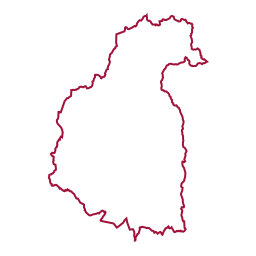 Huaytara, Huancavelica, Peru (Equal Earth projection)
{"feature_id": "86281439B71606603555549", "entity_name": "Huaytara", "entity_type": "district", "adm_level": 2, "iso_a3": "PER", "parent_name": "Peru", "parent_adm1": "Huancavelica", "projection": "equal_earth", "projection_center": [-75.141, -13.636], "detail": "fine", "context": "isolated", "style": "outline", "palette": "rose", "viewbox_px": 256, "rotation_deg": 0, "n_neighbors": 0, "source": "geoboundaries", "source_scale": "gbopen_adm2", "svg_char_len": 5728}
<svg xmlns="http://www.w3.org/2000/svg" viewBox="0 0 256 256"><path d="M159.5,21.3L160.0,24.4L159.6,25.2L158.0,25.4L157.5,24.8L156.2,24.4L155.7,25.3L154.5,24.5L152.5,24.6L151.8,23.4L151.3,23.1L150.7,21.7L149.5,20.7L148.7,20.9L147.9,20.6L147.3,20.1L146.9,18.9L147.0,17.6L146.7,15.4L146.3,16.0L145.3,16.0L144.1,16.4L143.1,17.6L142.8,18.6L141.1,20.6L139.8,20.2L138.3,21.4L136.8,23.9L136.5,25.6L136.2,25.9L135.6,26.0L135.2,26.4L134.6,26.0L131.7,27.8L128.8,29.1L127.6,28.9L126.9,27.7L126.0,27.2L125.5,27.2L125.0,28.0L125.0,29.4L124.5,31.3L116.4,34.3L116.1,42.4L116.5,44.4L117.0,45.8L115.3,47.2L115.2,48.3L113.8,49.2L111.8,52.9L110.1,54.4L109.8,56.5L109.0,59.6L109.1,60.2L109.9,61.4L109.9,61.9L109.2,64.3L108.2,66.0L107.8,67.6L107.9,69.1L107.2,69.2L106.4,69.8L106.0,71.2L105.0,73.2L104.9,73.6L105.3,74.2L105.4,74.7L104.5,76.5L104.1,76.8L103.6,76.7L102.1,77.5L101.3,78.3L101.0,78.1L100.5,76.8L99.1,75.6L97.5,74.8L95.1,74.8L94.9,75.4L95.0,77.1L93.9,78.9L93.5,80.9L92.6,81.4L92.4,81.8L92.7,83.4L92.2,85.8L91.1,87.0L90.1,87.2L89.0,88.1L87.0,88.4L85.7,86.2L84.8,86.3L83.0,87.3L81.4,86.7L80.6,86.8L79.5,87.1L78.5,88.6L77.3,89.0L76.4,89.7L75.7,89.6L74.4,90.1L72.8,89.8L71.8,90.3L71.2,90.2L71.4,92.0L71.1,93.1L71.2,94.8L71.0,96.0L69.2,97.1L68.3,98.1L67.1,98.1L64.6,101.2L60.8,112.4L59.9,112.4L59.5,112.0L58.5,112.0L58.3,117.7L57.9,118.8L57.0,119.9L56.8,120.9L57.2,122.8L57.7,123.8L61.2,127.6L62.1,129.8L62.7,132.4L62.1,137.2L61.4,136.7L60.8,136.6L60.1,138.2L59.9,139.7L58.8,139.6L58.3,140.9L57.4,141.9L57.1,143.9L57.4,144.9L57.0,145.6L57.0,146.8L55.8,147.8L55.6,148.6L55.2,149.2L55.4,150.6L54.8,152.4L54.5,152.9L53.8,153.2L52.3,152.7L50.9,154.0L51.9,155.7L53.0,156.2L53.8,156.9L53.4,159.1L53.7,160.6L53.1,161.4L53.6,163.9L54.0,164.3L54.6,164.3L55.5,164.8L55.9,168.5L55.9,169.6L55.7,170.0L54.3,170.8L54.0,172.2L53.1,172.9L52.8,173.5L51.5,173.8L51.2,174.4L49.4,174.8L49.2,175.4L49.2,176.2L48.9,177.8L50.1,180.0L50.0,181.7L50.7,183.5L51.7,184.1L51.6,185.1L52.2,185.8L53.5,185.4L53.8,185.6L55.2,184.9L56.4,184.9L58.3,186.6L58.9,187.5L59.5,187.7L59.7,188.6L60.5,188.3L63.2,190.7L63.9,190.5L64.0,191.0L64.4,191.2L65.8,190.6L66.0,189.9L66.4,189.9L66.8,190.3L67.4,189.5L67.9,190.1L68.4,189.9L69.3,190.4L69.6,191.2L71.3,191.4L72.8,193.1L73.8,193.7L74.5,194.5L74.8,195.9L75.6,196.8L76.2,198.2L76.8,198.6L77.8,198.5L78.1,198.8L80.2,202.6L84.0,204.6L84.0,207.4L85.0,209.3L84.6,210.1L85.4,211.0L85.9,212.2L89.1,215.2L90.8,215.4L92.4,214.6L96.5,213.7L97.9,213.0L99.0,213.5L99.6,212.7L102.2,210.6L104.0,211.4L104.3,212.1L105.3,211.8L105.5,212.4L104.5,214.8L102.9,216.7L102.4,217.8L100.6,220.1L101.0,220.9L113.2,223.4L113.9,223.8L116.8,227.6L119.5,225.7L123.3,222.6L124.4,220.5L126.4,218.5L127.2,222.5L129.8,229.6L133.0,229.2L134.0,231.2L134.4,233.2L134.2,235.7L135.1,239.1L134.8,240.6L135.0,240.6L135.5,240.0L135.6,237.2L136.9,235.4L137.3,234.2L138.6,233.4L139.8,229.4L139.7,227.7L140.1,227.3L140.7,227.5L142.1,226.8L145.4,227.5L146.7,228.1L147.1,227.9L147.7,228.1L149.0,228.0L151.9,230.7L153.4,230.9L154.3,232.7L155.2,232.1L156.1,232.0L157.5,233.7L159.8,232.1L160.4,232.0L161.4,233.0L161.8,234.3L162.4,234.7L164.1,230.6L165.3,229.3L165.4,228.4L166.9,227.9L168.4,226.4L168.7,226.8L169.0,228.0L169.7,228.4L170.7,228.0L171.6,227.3L171.8,228.1L173.0,229.7L173.9,231.6L174.4,232.1L175.4,231.9L176.9,230.9L177.6,231.3L178.8,230.8L180.0,231.4L180.8,230.7L182.0,231.6L182.8,231.4L183.5,231.6L184.5,230.8L185.6,229.2L185.5,228.7L184.8,228.2L184.5,227.4L184.2,221.3L183.1,221.2L182.5,219.4L182.3,217.8L181.4,215.4L182.3,210.7L182.2,210.2L181.1,208.8L182.0,207.1L182.9,207.4L183.8,207.3L184.1,206.2L182.9,202.5L182.7,199.3L181.1,194.8L181.0,193.9L182.3,190.3L182.6,187.7L181.5,187.0L181.2,186.4L181.2,185.6L181.6,183.5L184.2,180.7L184.5,178.7L185.1,177.2L185.4,172.7L184.0,167.9L182.7,165.9L182.4,164.3L182.3,162.0L182.5,161.6L184.2,162.1L185.1,161.4L184.3,159.2L185.5,155.9L185.3,153.8L186.5,151.1L186.4,150.5L184.9,148.0L183.4,147.0L182.9,145.1L183.0,141.6L183.4,140.8L183.0,138.8L183.1,136.2L182.4,134.4L182.3,132.6L181.9,130.9L182.1,129.7L183.0,128.8L182.4,126.2L183.4,123.4L183.6,121.4L182.9,119.7L182.6,117.3L182.1,115.9L180.2,111.9L180.1,110.3L178.8,107.9L178.0,107.5L176.3,105.3L175.1,105.6L173.8,105.0L173.3,104.5L173.2,103.3L172.5,102.8L171.9,101.9L172.1,100.0L171.1,99.0L170.7,97.9L170.7,97.0L169.5,96.0L169.2,94.4L168.2,93.0L167.2,92.4L166.5,91.6L165.9,91.3L164.6,91.4L163.7,90.7L163.6,90.3L162.1,90.1L161.5,89.6L161.3,87.7L161.7,86.9L161.8,85.9L161.5,84.3L161.5,83.4L161.0,82.7L161.1,81.4L161.3,80.9L162.2,79.8L162.6,78.3L163.0,77.6L162.7,74.9L162.2,73.1L163.5,71.0L163.9,69.8L165.4,68.6L165.9,67.2L166.9,65.4L168.2,65.0L168.9,64.1L170.8,63.7L173.1,64.4L175.0,64.4L175.7,64.1L177.2,64.6L181.0,62.5L182.3,62.5L183.8,62.1L184.9,61.0L184.7,59.4L184.8,58.4L185.6,57.2L186.8,58.0L188.0,60.2L189.1,60.5L189.5,61.6L189.2,63.6L189.9,64.6L190.9,65.7L192.0,65.7L192.6,66.1L195.8,66.0L197.1,64.7L197.7,63.6L199.2,63.1L200.4,63.2L202.2,64.1L203.2,63.1L204.7,63.2L206.1,62.1L207.1,61.7L204.1,59.2L203.5,59.5L202.8,59.2L201.3,57.8L201.2,57.2L201.5,56.7L201.5,56.1L200.6,55.3L200.6,53.6L200.3,53.1L200.2,52.2L199.4,49.7L198.8,49.6L198.4,49.0L197.5,48.4L196.6,49.2L195.5,49.6L194.7,49.4L193.4,49.7L191.8,48.9L191.6,46.7L191.1,44.9L191.3,43.6L192.2,42.0L191.7,38.8L190.5,35.8L191.4,34.8L191.2,33.6L191.9,32.8L192.1,32.0L192.1,28.9L193.0,27.8L192.1,26.5L192.3,25.2L192.2,24.3L191.8,23.7L190.7,23.7L189.9,23.1L189.0,22.8L187.8,23.4L187.2,22.4L186.4,21.8L186.1,20.7L185.5,19.8L184.7,20.0L182.0,18.9L181.1,19.4L180.8,20.7L180.2,21.2L179.2,21.5L178.3,21.4L177.7,20.6L176.8,20.6L174.5,19.3L173.8,17.5L173.8,16.8L172.0,15.9L170.7,16.5L169.7,18.3L166.0,20.1L164.5,19.9L163.9,19.4L162.7,19.4L162.3,20.1L162.3,20.9L159.5,21.3Z" fill="none" stroke="#9f1239" stroke-width="2"/></svg>